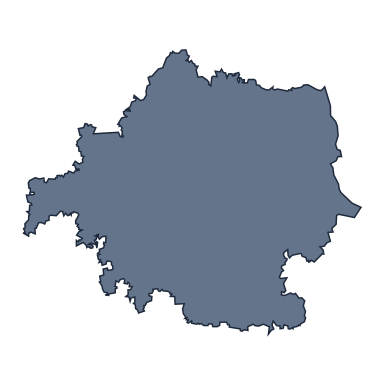 Bogra, Rajshahi, Bangladesh
{"feature_id": "16705992B87441692505107", "entity_name": "Bogra", "entity_type": "district", "adm_level": 2, "iso_a3": "BGD", "parent_name": "Bangladesh", "parent_adm1": "Rajshahi", "projection": "mercator", "projection_center": [89.284, 24.83], "detail": "fine", "context": "isolated", "style": "filled", "palette": "slate", "viewbox_px": 384, "rotation_deg": 0, "n_neighbors": 0, "source": "geoboundaries", "source_scale": "gbopen_adm2", "svg_char_len": 5881}
<svg xmlns="http://www.w3.org/2000/svg" viewBox="0 0 384 384"><path d="M324.7,86.8L321.3,90.6L317.4,89.9L308.0,84.8L303.8,85.0L301.6,87.2L299.4,87.7L294.7,88.5L292.6,87.6L291.2,88.9L291.8,90.3L288.8,89.8L287.9,91.1L277.2,89.0L274.4,90.0L272.5,88.5L272.9,87.0L269.2,89.8L266.3,89.9L261.2,87.7L259.5,85.4L256.5,84.9L255.6,80.5L254.3,79.5L248.5,79.5L247.4,82.8L243.1,83.0L242.4,82.3L244.2,81.5L244.3,79.7L242.2,80.0L240.9,77.9L239.1,77.7L239.6,80.7L238.8,82.5L237.2,79.6L239.5,74.8L238.6,72.6L234.2,73.8L233.9,74.9L235.3,75.2L233.8,76.0L232.5,75.9L232.0,73.8L228.7,73.9L226.9,77.8L225.6,72.9L223.4,72.5L221.5,69.1L219.9,71.9L215.2,71.2L217.1,76.7L213.2,76.2L211.8,77.2L210.8,86.6L210.2,84.8L208.7,84.6L209.1,82.6L207.2,80.2L202.2,76.6L198.1,77.2L196.1,69.9L197.9,66.2L195.1,66.2L194.8,64.2L192.8,63.1L191.4,60.5L189.2,62.2L187.9,60.2L185.4,61.0L188.1,59.0L189.3,56.1L187.4,55.0L185.9,49.9L181.5,50.2L179.1,53.2L175.3,53.2L172.6,51.4L172.1,53.3L170.5,52.7L169.5,55.5L166.5,58.0L162.7,67.8L158.4,69.0L151.6,76.6L149.9,76.3L148.1,77.8L150.1,84.3L147.2,86.1L146.0,91.5L146.5,95.0L143.6,99.6L140.4,100.5L134.2,95.4L133.7,98.0L136.7,98.3L135.3,100.7L131.7,102.2L130.3,106.7L126.6,109.3L129.7,109.4L130.2,111.1L125.9,110.6L123.5,111.7L123.9,114.5L126.9,116.6L121.7,117.9L117.9,124.2L119.2,124.2L119.2,126.3L120.4,125.7L122.0,127.8L121.2,130.1L122.4,131.3L121.9,135.2L123.3,135.9L122.9,137.1L120.1,136.4L118.4,132.3L93.3,133.8L95.8,127.7L92.0,126.8L91.6,125.0L90.4,124.6L88.1,126.0L87.5,124.1L85.1,123.6L83.7,127.6L78.4,128.6L80.0,135.4L81.3,135.2L81.7,136.7L77.0,141.5L77.4,143.8L76.4,144.5L77.0,146.1L78.5,146.5L79.0,151.2L80.9,151.7L81.3,156.0L83.9,156.4L82.4,159.3L82.8,162.2L79.2,164.0L75.2,161.3L72.9,165.2L74.9,165.5L75.9,169.3L78.8,168.9L79.1,170.1L75.1,171.0L73.6,173.1L68.6,171.1L67.6,173.4L65.0,173.7L63.5,177.0L61.7,175.2L60.3,176.2L59.3,175.2L56.9,175.8L57.1,177.6L55.7,177.7L55.2,179.2L48.7,178.8L46.4,182.8L44.3,182.1L43.8,178.0L39.6,179.0L35.3,177.7L29.6,180.6L28.3,182.9L29.0,188.2L30.3,188.3L30.3,192.1L34.1,192.4L34.4,194.2L31.7,195.1L29.8,193.5L29.7,195.0L26.4,195.2L27.9,202.0L31.3,203.3L31.8,205.0L29.7,205.2L29.3,211.3L26.9,211.6L29.9,214.4L28.8,215.3L28.6,219.8L24.9,223.8L25.1,228.0L23.6,228.5L25.4,233.0L23.0,232.9L28.6,236.1L28.7,233.2L30.9,232.1L35.2,233.9L34.9,228.5L36.3,228.2L38.5,222.8L41.3,222.5L44.7,224.0L45.9,221.0L49.0,220.3L49.0,216.2L50.8,215.2L56.2,215.7L60.4,211.3L62.6,211.4L63.8,215.8L65.7,213.1L67.4,215.5L69.0,215.4L70.0,213.8L71.2,215.2L71.3,213.0L72.9,213.0L73.4,211.7L78.0,213.2L78.7,215.1L75.7,220.6L75.7,223.7L78.3,224.4L77.1,226.4L78.9,227.7L78.8,229.4L82.0,230.1L79.0,231.6L76.6,235.2L82.3,238.4L80.1,240.4L79.2,239.8L78.4,241.8L76.4,240.4L76.4,245.9L83.2,242.4L86.3,245.4L86.8,247.5L87.6,246.6L89.6,247.5L89.6,246.5L90.4,248.2L92.7,247.9L93.1,246.3L91.6,244.8L88.4,244.5L90.4,243.0L96.1,244.7L96.9,248.1L97.6,242.3L96.7,241.7L97.0,243.6L95.8,244.0L94.6,241.0L95.3,239.9L93.9,240.4L96.4,239.0L96.7,237.0L95.3,236.1L97.0,236.1L96.7,235.0L98.3,234.4L98.2,237.2L99.5,239.2L102.3,236.6L106.0,236.3L105.7,242.7L103.7,242.3L103.6,244.3L104.5,244.9L103.5,247.9L99.3,249.4L99.7,251.4L97.6,253.5L99.7,254.3L97.4,255.2L98.5,259.6L100.6,259.6L99.0,262.5L101.5,261.9L102.1,265.3L106.1,264.0L106.7,261.4L108.4,261.0L111.5,261.9L111.5,264.8L112.6,265.9L113.0,269.1L111.1,270.1L107.5,270.2L107.4,268.1L103.2,269.0L103.7,274.9L99.7,276.2L100.7,281.7L99.4,282.0L102.0,285.9L102.5,288.9L104.0,292.0L107.3,292.8L107.2,294.3L105.2,295.0L108.7,295.4L108.7,294.0L115.3,292.8L115.1,289.2L117.0,288.1L116.8,286.8L115.0,286.3L116.0,280.9L118.6,282.2L120.1,279.7L123.3,278.6L124.8,280.0L124.1,283.3L127.2,284.0L128.0,282.3L129.5,283.5L129.2,286.7L132.1,286.6L130.5,289.7L128.0,289.9L128.2,294.6L125.8,296.6L129.0,297.0L130.1,301.3L131.1,298.0L134.7,297.0L135.0,301.9L133.5,303.6L135.1,304.1L135.7,308.7L137.4,309.8L138.6,313.0L144.4,311.0L143.2,309.1L144.2,307.5L143.7,305.6L145.1,305.6L146.8,302.3L151.5,300.7L151.9,296.5L149.0,295.7L148.9,293.8L151.9,293.3L153.3,290.8L152.9,289.3L157.7,288.8L158.4,290.9L160.0,291.4L162.0,289.4L163.0,290.8L168.1,291.4L169.9,292.4L170.0,293.8L171.8,294.0L170.4,296.4L174.7,296.6L175.1,304.2L184.3,303.7L182.6,308.9L183.4,313.8L185.9,317.3L185.0,318.3L187.1,318.0L186.2,319.7L188.2,319.9L187.0,322.3L188.3,323.1L191.6,321.0L191.7,323.2L196.8,324.2L198.3,323.2L199.4,324.2L201.5,323.6L203.3,325.4L205.7,325.6L207.9,325.5L208.8,323.9L212.1,324.0L212.8,326.6L217.0,326.7L219.6,325.5L219.9,322.2L226.6,322.2L227.6,324.7L229.4,324.9L229.3,327.1L240.2,328.9L240.4,330.7L242.0,331.2L244.2,329.7L247.9,330.5L247.7,326.7L253.3,324.2L254.9,325.6L258.6,326.1L263.4,324.2L269.4,326.8L268.4,334.1L271.2,330.4L273.8,329.0L272.0,325.0L273.2,321.0L276.7,325.7L280.0,326.0L280.1,328.7L283.1,328.4L284.0,324.9L287.8,325.9L288.3,328.7L289.7,329.1L292.4,327.8L293.0,328.7L293.4,327.3L297.9,326.2L298.7,324.8L299.9,325.6L300.9,323.6L304.3,321.8L305.6,317.9L304.4,315.7L305.5,311.4L303.3,305.9L304.7,300.8L301.7,297.8L298.9,298.1L295.5,293.4L293.6,294.3L290.4,293.0L284.7,295.5L281.4,294.8L281.6,291.7L284.2,292.7L285.8,290.7L283.5,283.6L286.9,277.8L280.7,278.5L279.3,277.3L281.6,271.9L283.5,270.6L281.4,267.8L281.7,265.8L285.1,264.5L285.1,262.3L286.9,260.1L286.9,258.6L285.3,258.3L283.7,255.5L283.7,252.8L287.7,249.5L288.1,255.3L289.5,257.9L292.1,255.3L300.0,253.5L301.4,253.9L302.1,256.2L305.9,257.6L306.9,261.1L308.4,260.8L308.9,262.7L309.0,261.0L309.7,261.8L311.3,260.3L314.2,262.0L322.1,254.0L323.8,254.1L323.1,249.9L320.0,246.9L324.2,246.2L326.9,242.8L330.4,241.2L328.0,232.4L333.0,232.0L331.7,228.5L336.1,224.4L336.6,215.4L338.8,214.3L354.4,217.5L361.0,207.3L352.0,203.1L341.0,192.7L339.3,189.5L338.4,183.8L333.8,175.0L332.9,167.8L330.4,163.8L336.1,160.8L338.0,156.5L341.5,156.6L340.3,150.4L337.2,149.4L335.5,144.2L338.1,135.8L337.3,126.1L335.6,121.5L330.6,115.6L330.4,105.7L324.7,86.8Z" fill="#64748b" stroke="#1e293b" stroke-width="1.5"/></svg>